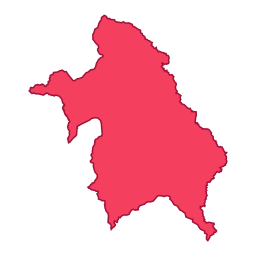 outline of Coronel Portillo, Ucayali, Peru
{"feature_id": "86281439B8316055413936", "entity_name": "Coronel Portillo", "entity_type": "district", "adm_level": 2, "iso_a3": "PER", "parent_name": "Peru", "parent_adm1": "Ucayali", "projection": "albers", "projection_center": [-74.152, -8.678], "detail": "fine", "context": "isolated", "style": "filled", "palette": "rose", "viewbox_px": 256, "rotation_deg": 0, "n_neighbors": 0, "source": "geoboundaries", "source_scale": "gbopen_adm2", "svg_char_len": 5754}
<svg xmlns="http://www.w3.org/2000/svg" viewBox="0 0 256 256"><path d="M206.3,187.0L206.0,185.9L207.4,185.2L206.9,184.4L207.2,182.5L208.1,181.9L208.7,182.3L210.4,181.8L210.4,180.4L211.5,180.0L211.7,179.0L212.4,178.7L213.1,178.9L214.1,178.2L213.4,176.2L213.6,175.6L214.6,175.1L216.3,172.3L217.1,171.7L219.2,172.4L220.1,171.7L220.2,171.2L221.3,171.4L221.8,169.2L221.1,169.2L220.9,168.5L220.0,167.8L221.1,167.5L221.8,166.5L222.8,166.6L224.6,165.5L224.6,165.1L225.3,165.1L225.2,164.3L226.3,163.3L226.8,161.1L226.0,159.3L226.5,158.0L226.3,156.3L225.0,154.7L225.3,153.8L226.6,153.0L226.7,152.5L224.6,152.2L222.1,147.1L221.2,147.2L220.6,146.6L219.2,147.0L217.5,146.2L217.5,145.4L216.6,144.0L216.5,142.7L215.8,142.6L216.0,141.1L214.6,140.7L213.3,139.3L213.1,136.5L211.6,135.1L211.1,133.8L211.5,132.9L209.0,129.7L207.8,129.0L207.2,129.3L206.1,128.8L205.1,129.1L203.5,128.7L202.1,129.0L202.0,128.2L201.3,127.5L199.8,126.9L198.8,125.6L198.6,124.4L197.7,124.4L197.7,123.5L197.1,122.7L196.5,122.7L195.7,123.5L195.4,123.1L195.1,122.0L195.8,116.5L196.3,115.7L196.1,111.8L193.0,111.7L192.6,111.0L191.7,111.5L190.2,108.4L189.1,108.7L187.5,107.9L184.1,104.6L181.3,103.7L181.2,102.7L179.6,101.9L180.8,99.6L180.0,97.7L180.9,95.6L178.0,93.6L176.0,93.2L176.3,92.5L177.3,91.8L176.9,90.8L175.9,89.7L175.4,87.1L176.3,84.3L175.9,83.0L175.0,82.3L173.0,78.6L173.8,76.8L173.1,75.9L172.7,75.9L172.0,74.6L169.7,75.1L168.7,73.8L168.7,72.8L167.9,72.1L167.2,72.2L166.8,70.4L166.2,70.9L165.6,70.7L165.1,71.3L164.8,70.3L163.4,69.9L164.0,68.5L162.9,68.1L161.5,66.8L162.1,65.7L162.9,65.5L162.0,63.4L162.4,63.0L162.6,63.8L163.7,63.8L164.4,64.4L165.6,63.9L166.9,64.2L167.6,63.6L168.2,63.6L168.9,62.8L168.6,59.6L169.1,58.2L168.8,57.7L168.9,56.7L168.1,55.5L166.3,55.0L166.1,53.6L165.1,53.4L164.5,53.7L164.0,52.8L161.6,52.4L159.2,51.3L158.7,51.7L158.0,51.6L157.6,50.2L156.5,49.6L156.3,47.5L155.0,48.4L154.0,48.2L153.3,46.9L151.4,45.4L151.9,44.9L151.8,43.7L152.3,42.5L150.6,42.0L149.5,40.8L148.0,40.5L146.9,39.4L145.3,39.2L144.9,37.0L143.6,35.7L142.6,35.4L142.2,33.6L140.7,32.8L140.5,30.2L138.3,29.4L134.5,26.8L133.1,26.4L132.5,25.7L132.4,24.5L129.3,23.0L125.2,23.1L123.6,21.8L121.2,22.7L116.4,21.9L115.1,21.3L114.4,19.7L111.0,19.6L109.6,18.5L108.5,18.9L107.8,18.2L107.0,18.3L106.4,16.4L104.2,15.4L103.1,16.5L102.4,16.6L101.4,17.9L101.4,19.8L99.7,21.7L99.6,22.4L99.0,23.1L97.9,27.1L96.8,28.2L95.0,29.1L93.9,32.8L92.9,34.3L92.9,39.2L95.6,42.9L97.0,44.5L98.2,45.2L98.6,47.7L98.3,48.5L97.6,49.0L97.7,50.7L99.6,54.0L100.8,54.6L102.3,54.7L102.8,55.2L103.0,56.4L102.9,56.8L101.0,57.5L98.7,59.4L96.5,63.3L95.5,67.2L94.1,69.3L90.9,69.7L87.6,72.4L86.3,72.6L82.2,77.4L79.1,78.6L77.4,78.7L75.4,80.2L73.7,80.8L73.0,80.5L68.5,75.1L66.2,71.6L64.4,71.7L62.2,70.1L59.3,71.0L57.6,72.0L53.5,72.5L53.1,74.3L51.6,74.6L50.2,75.6L50.2,77.0L49.4,78.3L50.0,80.4L48.8,81.2L48.7,82.0L48.1,82.1L48.4,83.0L48.1,84.0L46.3,85.3L46.3,86.1L45.4,86.5L44.4,85.9L43.9,85.0L42.2,84.1L39.4,85.2L37.7,84.5L35.3,85.2L33.5,87.6L32.0,87.8L31.0,87.4L30.3,88.1L30.4,89.7L29.2,90.9L30.0,91.4L30.5,92.5L30.9,92.4L31.8,93.0L32.0,93.5L34.1,93.0L35.3,93.7L38.7,93.9L43.5,95.1L45.9,93.4L47.7,93.2L48.9,94.6L50.4,94.6L51.3,95.4L53.0,95.2L53.7,95.8L54.5,95.9L54.7,95.2L56.2,95.2L58.5,95.9L59.5,96.4L61.7,99.0L62.8,103.0L64.6,104.6L64.4,105.1L63.6,105.4L64.1,106.1L63.9,106.5L62.6,107.2L63.0,109.3L63.8,109.8L63.6,110.4L64.2,110.8L64.0,111.8L64.5,112.1L65.0,114.3L65.9,114.8L65.9,115.5L66.7,115.7L66.6,116.3L67.7,117.4L68.1,119.1L69.0,119.7L68.9,120.3L69.3,120.4L69.7,121.2L69.5,122.1L68.8,122.6L67.6,127.0L68.6,130.0L69.4,130.6L69.6,131.5L69.2,132.6L69.5,134.3L69.2,136.1L67.7,138.4L68.6,142.8L69.7,142.3L73.2,138.1L75.6,136.2L76.6,134.8L76.9,129.1L77.5,128.1L77.0,126.7L80.9,124.3L89.6,120.1L91.3,118.7L94.0,117.8L97.7,117.9L100.6,120.5L101.4,124.1L102.2,134.1L101.7,135.8L98.5,137.1L97.4,138.7L95.7,139.3L95.0,140.2L94.5,144.7L92.9,147.1L92.3,152.0L92.7,153.2L91.6,153.9L91.0,155.2L92.4,157.5L91.9,159.3L90.3,161.1L90.8,162.4L93.2,163.0L93.6,163.6L93.3,166.3L94.5,170.7L95.3,172.5L97.3,174.8L97.2,176.7L97.5,177.2L94.5,181.4L94.3,182.6L93.6,183.0L92.2,182.9L91.9,184.0L90.8,184.5L89.8,186.1L87.9,187.2L88.8,188.2L89.5,188.2L91.6,189.8L94.7,190.3L95.8,191.1L98.0,191.5L98.2,191.9L97.8,193.2L97.0,193.9L98.5,197.0L98.5,199.1L101.4,200.1L101.8,200.7L104.8,200.7L105.1,202.8L104.5,204.3L105.2,205.4L104.8,205.8L105.1,208.1L106.4,211.6L107.8,212.9L108.5,215.4L108.0,222.2L108.3,222.8L109.4,223.0L111.0,225.2L111.3,226.4L110.9,227.6L111.3,227.9L111.0,228.7L111.2,229.4L112.8,227.5L114.2,226.7L115.3,225.2L115.4,224.6L114.1,222.8L114.5,221.0L117.0,222.4L117.4,222.0L117.4,220.2L118.5,219.4L118.7,217.3L120.4,217.7L121.0,216.4L123.7,214.9L126.6,215.1L129.0,214.4L130.5,211.5L132.2,209.6L133.3,209.4L135.4,210.2L138.4,209.7L138.1,208.2L139.7,205.8L144.6,204.1L146.7,202.1L151.1,201.7L153.3,201.0L157.9,195.7L162.0,195.8L163.7,196.5L167.8,195.6L170.2,197.0L169.8,199.1L171.7,200.7L174.2,204.8L177.3,205.9L179.9,210.0L181.3,210.5L185.1,213.3L185.9,216.9L190.8,219.0L192.7,219.2L192.5,221.0L192.9,222.1L197.6,224.6L199.7,228.3L200.9,229.4L204.5,231.0L204.7,233.2L206.6,234.0L207.2,234.6L206.4,237.0L206.6,239.5L207.8,240.6L209.7,237.6L209.9,236.2L213.8,234.0L214.1,232.2L215.6,232.3L216.6,230.9L216.3,230.3L214.5,229.1L214.6,228.5L213.1,226.8L212.9,225.5L214.2,224.4L214.0,223.4L209.0,222.3L206.3,222.9L205.5,221.5L204.0,221.1L204.1,220.2L204.8,219.5L203.9,218.4L203.9,216.9L203.2,216.3L202.9,213.7L202.5,213.3L202.9,211.7L202.0,210.0L201.0,209.4L200.2,208.0L200.9,207.6L200.5,206.5L202.4,206.4L203.5,205.8L204.7,206.4L205.0,205.6L204.3,203.9L204.9,202.8L205.2,199.5L206.3,198.9L205.9,198.0L206.0,197.0L207.1,195.5L206.4,194.1L206.4,192.9L205.7,191.9L206.8,190.5L205.9,189.0L207.0,187.6L206.3,187.0Z" fill="#f43f5e" stroke="#9f1239" stroke-width="1.5"/></svg>